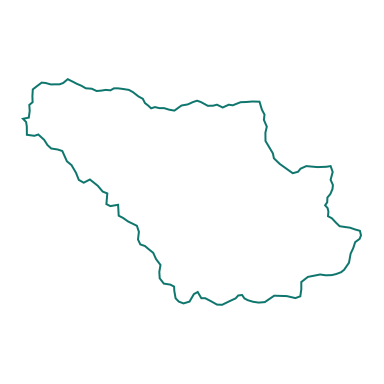 outline of Santa Inês, Paraíba, Brazil
{"feature_id": "56859067B59981406570514", "entity_name": "Santa Inês", "entity_type": "district", "adm_level": 2, "iso_a3": "BRA", "parent_name": "Brazil", "parent_adm1": "Paraíba", "projection": "orthographic", "projection_center": [-38.582, -7.667], "detail": "fine", "context": "isolated", "style": "outline", "palette": "teal", "viewbox_px": 384, "rotation_deg": 0, "n_neighbors": 0, "source": "geoboundaries", "source_scale": "gbopen_adm2", "svg_char_len": 2068}
<svg xmlns="http://www.w3.org/2000/svg" viewBox="0 0 384 384"><path d="M26.9,134.8L34.4,135.8L38.3,134.5L44.2,139.9L47.5,145.1L51.2,148.5L57.7,149.5L62.3,151.0L66.9,161.3L71.5,165.1L76.0,172.8L78.8,179.9L83.7,182.7L89.9,179.5L97.7,185.7L102.7,191.6L107.3,193.4L106.4,204.1L110.3,206.1L118.1,204.8L118.7,215.7L123.0,217.9L128.1,221.5L136.9,225.8L138.9,231.8L138.0,239.5L140.3,244.4L144.9,246.0L149.9,250.2L153.2,252.8L156.0,259.0L160.5,265.0L159.3,271.9L159.7,278.3L163.8,283.6L170.3,284.6L174.1,286.6L174.3,290.9L175.6,298.3L178.8,301.6L183.5,303.4L189.5,301.6L193.9,294.1L197.7,292.0L201.3,298.2L205.2,298.2L211.3,301.4L217.0,304.6L222.1,304.8L229.9,301.0L235.6,298.4L238.2,295.5L242.1,295.0L244.4,298.4L247.8,300.2L253.2,301.8L258.7,302.6L264.8,302.1L274.2,295.7L286.8,296.1L295.4,298.1L300.3,296.3L301.3,289.3L301.3,282.0L307.9,276.9L320.1,274.5L325.8,275.3L331.7,275.1L336.0,274.1L341.1,272.2L344.1,269.8L349.0,262.7L350.6,253.7L353.2,248.2L355.2,242.1L359.6,238.9L361.0,235.3L359.9,230.8L355.2,229.5L350.0,227.7L345.7,227.1L339.6,226.2L335.7,222.4L331.9,218.3L328.0,216.2L328.4,211.6L327.6,208.1L325.1,205.3L327.2,202.3L327.4,197.5L330.3,194.1L332.5,189.0L332.9,185.0L330.6,179.8L332.7,172.0L330.6,166.1L326.1,166.8L317.4,167.1L306.3,166.1L300.5,168.7L298.0,171.8L292.7,173.2L279.7,163.9L273.9,158.3L272.9,153.4L265.5,141.0L265.4,132.7L266.8,126.7L263.9,119.9L264.5,114.6L261.9,109.7L259.5,101.7L252.5,101.5L246.1,102.0L240.6,102.2L232.7,105.3L228.8,104.7L222.7,107.5L217.0,104.7L213.0,105.7L207.8,105.8L201.0,102.1L197.1,100.7L193.1,102.0L187.8,104.4L181.5,105.5L174.4,110.6L169.2,109.7L164.0,108.1L159.2,108.1L155.0,107.1L151.1,108.3L148.0,105.4L145.0,103.1L142.8,98.8L138.4,96.4L132.9,92.1L128.9,89.9L122.5,88.9L117.7,88.3L114.0,88.3L110.5,90.3L105.6,89.9L101.3,90.6L96.6,91.0L91.7,88.7L85.8,88.3L81.3,85.7L76.8,83.8L73.2,81.9L67.7,79.2L63.2,83.0L59.6,84.3L50.6,84.4L45.7,83.0L41.7,82.6L36.9,86.2L32.8,89.4L32.4,96.3L32.6,102.2L29.3,104.9L29.7,110.9L28.8,117.6L23.0,118.8L26.1,122.0L26.8,126.4L26.9,134.8Z" fill="none" stroke="#0f766e" stroke-width="2"/></svg>